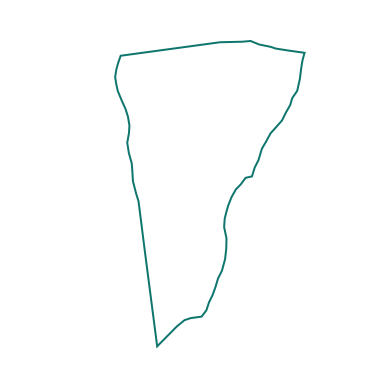 the district of Miraselva, Paraná, Brazil, rotated 8°
{"feature_id": "56859067B75197457658410", "entity_name": "Miraselva", "entity_type": "district", "adm_level": 2, "iso_a3": "BRA", "parent_name": "Brazil", "parent_adm1": "Paraná", "projection": "mercator", "projection_center": [-51.479, -22.99], "detail": "fine", "context": "isolated", "style": "outline", "palette": "teal", "viewbox_px": 384, "rotation_deg": 8, "n_neighbors": 0, "source": "geoboundaries", "source_scale": "gbopen_adm2", "svg_char_len": 958}
<svg xmlns="http://www.w3.org/2000/svg" viewBox="0 0 384 384"><g transform="rotate(8 192 192)"><path d="M102.4,67.0L100.8,75.1L100.0,81.5L99.9,88.9L102.0,95.8L104.5,102.4L109.5,110.9L114.7,119.2L118.1,126.3L120.8,134.9L121.4,142.4L121.0,152.2L124.1,162.3L128.3,171.9L129.9,179.0L132.0,189.5L137.0,201.6L140.3,208.5L153.6,257.4L179.0,349.7L182.6,344.8L187.1,338.8L195.8,327.1L202.5,319.9L208.4,317.0L218.8,314.1L222.7,307.2L224.2,298.9L226.7,291.3L228.4,283.2L229.8,274.1L232.6,265.8L234.1,253.8L233.8,243.2L232.6,233.1L228.7,222.3L228.1,213.7L228.8,207.0L229.8,200.1L231.9,191.4L235.1,183.3L239.2,177.7L243.1,170.5L249.2,168.2L250.7,159.0L253.4,151.2L255.2,139.4L258.5,131.3L261.6,123.0L267.1,114.8L271.2,108.6L273.9,100.4L277.2,92.0L278.1,85.3L282.1,77.2L283.1,64.8L282.9,54.6L283.1,46.1L284.1,38.5L275.8,38.5L267.3,38.5L255.0,38.3L249.6,37.3L238.1,36.6L229.0,34.3L220.8,36.2L198.9,39.8L102.4,67.0Z" fill="none" stroke="#0f766e" stroke-width="2"/></g></svg>